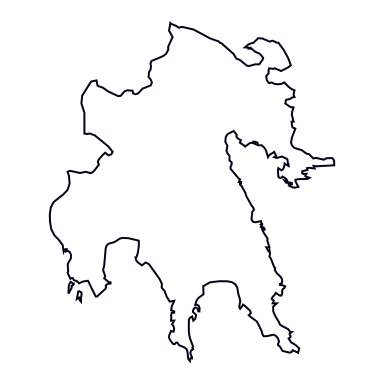 the Region of Peloponnisos
{"feature_id": "GRC-2885", "entity_name": "Peloponnisos", "entity_type": "Region", "adm_level": 1, "iso_a3": "GRC", "parent_name": "Greece", "parent_adm1": "", "projection": "orthographic", "projection_center": [22.642, 37.277], "detail": "fine", "context": "isolated", "style": "outline", "palette": "ink", "viewbox_px": 384, "rotation_deg": 0, "n_neighbors": 0, "source": "natural_earth", "source_scale": "10m", "svg_char_len": 5957}
<svg xmlns="http://www.w3.org/2000/svg" viewBox="0 0 384 384"><path d="M290.9,65.3L288.3,67.3L281.1,71.0L274.7,68.3L273.4,68.9L269.2,68.3L268.7,69.3L268.5,73.7L267.2,74.7L266.2,76.5L266.9,80.3L268.9,83.1L271.8,82.5L274.5,83.9L278.0,84.3L281.6,83.8L284.2,82.4L289.0,87.2L291.7,89.2L294.5,90.3L293.6,94.0L293.8,95.6L294.5,97.0L292.5,97.4L289.7,99.1L286.4,99.7L285.9,100.3L285.3,103.4L289.1,106.2L291.1,107.2L293.5,107.4L292.2,111.7L291.8,114.7L293.6,121.7L291.6,121.7L292.0,125.8L292.6,127.5L295.4,128.6L291.9,137.6L291.0,142.7L292.1,145.5L294.3,147.9L301.8,150.2L306.4,153.6L309.0,154.1L313.4,158.5L316.2,157.9L323.7,159.7L326.6,158.2L332.4,158.1L334.1,160.5L334.2,165.3L316.3,166.3L313.6,165.9L314.6,168.5L309.1,167.8L307.1,168.1L307.4,170.0L302.2,171.2L302.2,173.1L303.2,174.0L306.4,173.8L305.4,175.2L305.4,176.4L309.5,177.8L307.1,179.0L298.7,179.1L295.5,179.7L295.5,181.3L298.3,186.9L295.1,187.6L293.0,187.5L288.8,185.6L288.8,184.3L291.9,184.3L291.9,183.0L290.1,182.5L288.0,182.9L286.1,182.7L284.6,180.6L287.8,181.9L287.0,180.1L285.9,178.7L282.6,176.5L281.4,177.8L279.9,177.9L278.4,177.0L277.9,170.5L278.3,168.2L281.7,170.4L283.2,169.0L284.3,166.3L284.6,163.5L288.7,166.1L288.7,164.9L288.0,163.2L287.3,159.1L282.0,156.5L276.7,158.0L274.2,157.1L276.2,155.8L274.2,151.9L269.0,155.3L268.0,157.1L265.9,150.2L264.3,147.7L261.8,145.3L258.6,145.3L258.0,144.7L257.5,142.7L255.3,141.8L252.4,141.5L254.2,142.1L255.5,144.1L252.4,142.8L249.8,143.1L245.1,146.6L244.1,145.5L239.9,142.7L240.9,140.1L239.0,139.3L237.3,137.9L236.3,136.3L236.8,134.9L233.7,131.0L227.6,134.1L225.8,136.9L225.3,141.6L227.4,146.0L226.5,150.6L227.1,152.7L229.5,155.9L229.5,160.4L231.7,162.5L231.6,164.5L230.5,167.0L230.6,168.9L238.6,178.4L240.0,179.3L238.9,182.0L241.0,182.0L241.0,183.2L240.0,183.2L240.0,184.5L241.6,186.0L245.2,192.6L246.3,196.1L251.5,205.4L253.3,207.8L254.0,209.8L252.3,211.8L251.5,219.3L252.8,221.7L255.7,222.3L260.9,221.1L261.0,222.0L262.0,223.7L260.9,224.4L262.0,225.0L260.9,226.5L263.5,227.4L264.7,229.0L264.4,229.9L262.0,228.9L263.4,232.3L267.5,238.4L267.3,240.7L269.4,247.3L266.2,247.3L268.4,251.1L269.4,249.9L270.1,253.3L269.4,256.4L271.0,258.9L274.0,266.6L275.2,268.2L274.7,269.7L276.7,273.0L281.0,277.3L282.0,279.3L282.3,281.5L281.8,283.1L280.0,283.8L280.0,285.0L282.8,285.3L285.2,286.4L284.5,287.8L282.8,289.2L282.2,290.3L282.2,293.6L281.3,295.6L279.4,295.4L275.7,292.9L274.4,295.1L272.5,297.1L271.7,298.9L273.8,300.7L272.7,303.3L276.9,303.3L273.1,306.7L273.3,311.6L275.6,316.7L278.6,321.5L280.2,324.9L288.5,329.4L290.2,332.0L291.7,332.1L289.6,333.5L289.6,334.6L290.5,335.7L290.6,336.7L290.0,337.6L288.6,338.5L291.2,342.4L295.8,345.2L299.2,348.3L298.1,352.8L292.8,350.2L291.3,352.2L289.4,352.6L282.5,350.9L280.0,346.7L278.1,345.1L278.1,343.9L279.0,341.3L277.9,338.3L275.8,335.8L273.4,334.7L266.8,336.2L263.7,336.2L262.4,334.2L261.7,331.1L257.0,321.7L248.7,315.3L250.9,313.0L250.1,310.7L243.7,304.9L242.9,304.6L242.3,306.0L240.2,308.7L239.5,307.6L239.3,306.0L240.2,301.5L239.8,298.6L238.4,294.5L237.3,287.6L235.2,284.2L231.9,282.2L227.5,281.3L219.7,281.2L210.1,282.3L203.2,286.2L203.5,294.3L198.4,298.0L196.5,300.7L195.2,304.9L197.5,304.9L199.0,306.2L199.6,308.5L199.4,311.4L198.3,311.4L197.5,308.7L196.5,307.7L195.2,307.5L193.9,308.5L193.1,310.3L192.9,311.9L196.1,314.9L195.3,318.7L193.3,320.6L192.1,316.5L189.8,317.9L188.9,319.8L188.8,331.0L189.3,335.4L190.2,339.0L193.1,346.5L192.4,347.6L193.1,349.3L191.0,350.6L190.4,352.6L190.8,354.9L192.0,357.1L192.0,358.4L190.6,358.2L190.2,358.8L189.9,361.0L188.2,358.8L187.5,352.1L186.7,349.2L184.4,347.4L179.1,345.2L177.3,342.6L176.2,342.6L174.6,344.2L173.1,343.9L170.5,340.7L169.0,337.8L169.1,335.7L171.0,331.0L173.5,331.7L174.2,329.4L173.6,326.3L172.0,324.4L174.2,320.6L171.0,320.6L171.3,318.1L171.1,315.2L171.7,312.9L174.2,312.7L174.2,311.4L171.2,310.3L171.6,307.0L174.2,300.8L169.7,301.6L166.8,296.9L164.5,290.9L161.7,287.6L161.9,283.9L159.6,279.0L149.0,264.2L145.7,262.5L141.9,265.4L137.9,262.4L136.2,260.4L135.6,257.6L135.9,257.7L136.7,256.6L137.8,253.0L138.7,247.2L138.9,242.0L138.7,240.6L128.4,238.2L122.7,237.9L119.9,238.6L114.1,242.2L108.4,243.8L106.6,245.7L105.7,248.3L104.1,266.5L103.3,268.8L103.2,270.5L105.2,276.1L104.2,278.3L108.4,281.9L110.5,282.3L110.5,283.6L108.4,283.7L106.7,284.5L105.7,285.8L106.2,287.3L105.2,289.1L97.0,296.5L95.7,296.5L88.0,280.8L83.0,281.5L79.0,283.3L77.2,281.4L73.7,279.9L72.7,278.1L71.8,278.0L70.4,278.8L67.6,272.8L68.2,271.0L67.7,264.9L68.2,263.1L70.9,258.3L71.0,255.1L70.0,252.3L67.8,250.9L64.7,251.8L66.1,251.1L66.6,250.5L66.8,249.2L65.4,249.1L64.7,249.6L63.7,251.8L62.7,245.1L58.9,240.0L54.4,235.3L51.3,229.3L50.0,221.8L49.8,214.1L50.9,207.3L53.7,202.0L63.3,194.4L67.5,190.0L69.6,183.8L69.0,176.1L67.6,171.8L70.0,170.8L80.1,173.0L85.6,171.8L90.6,173.2L93.5,171.6L98.9,164.7L97.8,161.9L98.8,159.5L102.8,154.9L105.2,152.7L108.5,155.4L111.3,154.3L112.7,151.9L108.4,146.5L94.7,135.3L89.7,133.5L87.0,134.0L84.4,133.6L84.4,112.8L81.4,103.4L82.2,95.7L91.0,81.6L96.5,80.4L97.6,85.8L103.1,87.8L107.7,91.2L117.9,96.0L120.6,95.9L124.5,91.4L127.3,90.3L132.5,90.7L133.1,93.4L135.6,94.3L138.4,93.2L142.4,88.7L150.8,85.4L151.9,82.5L150.8,79.7L148.6,77.2L149.0,72.1L150.5,69.7L151.0,66.7L150.5,63.5L151.5,61.0L162.9,56.2L165.9,54.1L167.3,51.7L168.3,49.3L168.2,46.7L172.6,37.0L169.0,30.6L170.4,23.0L171.3,23.9L175.9,25.8L179.0,27.8L181.7,26.8L193.5,29.5L209.9,38.3L218.8,41.5L220.1,42.9L221.6,43.4L233.6,54.0L236.3,58.6L240.0,60.0L246.9,65.7L249.3,66.0L255.2,64.3L258.8,64.4L259.8,63.7L262.9,59.1L263.2,58.1L261.7,55.9L259.5,53.6L255.4,51.9L251.7,48.8L249.0,48.6L249.9,47.7L244.9,47.4L248.1,44.7L249.6,43.8L253.6,42.7L258.2,38.2L262.3,38.5L269.7,41.6L272.7,40.7L277.1,42.8L278.3,42.6L283.5,49.6L288.3,58.3L290.9,65.3ZM79.0,291.1L81.4,292.4L81.6,294.5L81.0,297.6L81.0,301.6L79.5,299.9L78.9,297.6L76.8,299.0L78.3,291.5L79.0,291.1ZM68.5,293.6L68.7,286.9L69.4,284.0L70.7,281.9L72.7,283.3L73.7,283.3L73.7,284.5L71.7,285.9L71.7,287.8L68.5,293.6Z" fill="none" stroke="#020617" stroke-width="2"/></svg>